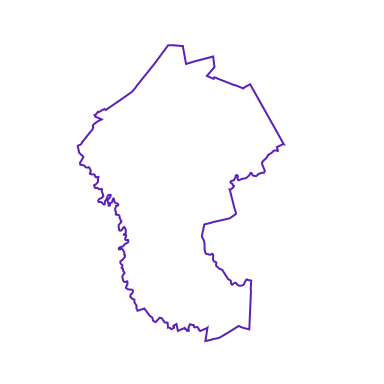 Sacalaz, Timis, Romania, rotated 75°
{"feature_id": "2599482B38355602258624", "entity_name": "Sacalaz", "entity_type": "district", "adm_level": 2, "iso_a3": "ROU", "parent_name": "Romania", "parent_adm1": "Timis", "projection": "mercator", "projection_center": [21.049, 45.772], "detail": "fine", "context": "isolated", "style": "outline", "palette": "violet", "viewbox_px": 384, "rotation_deg": 75, "n_neighbors": 0, "source": "geoboundaries", "source_scale": "gbopen_adm2", "svg_char_len": 6105}
<svg xmlns="http://www.w3.org/2000/svg" viewBox="0 0 384 384"><g transform="rotate(75 192 192)"><path d="M138.3,289.5L140.5,288.3L141.1,287.6L141.3,287.0L141.3,285.3L141.7,285.0L145.3,284.2L146.1,284.5L147.2,285.7L148.0,285.9L149.1,284.3L149.3,282.8L149.6,282.1L150.5,281.5L151.6,281.6L152.8,281.0L153.0,280.2L153.0,278.6L153.2,278.4L153.8,278.7L154.9,279.6L156.9,279.8L158.0,280.3L159.8,283.0L159.9,283.7L159.9,284.5L160.3,285.0L161.4,284.7L162.5,284.8L163.2,284.4L163.3,284.0L163.3,283.1L163.6,282.3L165.2,281.1L165.4,280.7L165.5,280.2L165.5,278.9L165.9,278.3L166.3,278.2L167.2,278.7L167.9,278.9L169.4,278.9L171.0,278.6L173.2,278.8L173.5,279.2L174.1,280.4L175.1,284.1L176.5,284.9L177.3,284.8L177.6,284.3L178.0,282.9L178.4,282.2L179.0,281.7L181.3,280.4L181.4,279.8L181.3,279.5L178.4,278.4L176.6,276.2L173.6,274.1L173.3,273.2L173.5,271.8L173.7,271.4L174.2,271.3L176.4,273.0L177.2,274.5L178.2,275.9L178.6,276.0L180.8,275.7L183.6,276.0L183.9,275.5L183.6,274.6L183.2,274.5L182.1,274.7L181.6,274.5L181.4,273.9L181.5,272.6L181.4,272.2L180.3,271.3L178.4,270.3L178.1,269.9L178.0,269.4L178.8,269.2L181.0,269.4L182.3,269.1L183.0,268.4L184.4,266.5L184.7,266.4L185.4,266.5L186.0,267.1L185.8,268.7L185.8,269.0L187.0,269.6L187.8,270.3L189.4,270.9L192.0,270.7L193.7,271.4L194.4,271.1L194.5,270.1L195.7,268.4L196.6,268.2L197.9,268.6L200.0,268.2L200.7,268.3L202.3,267.8L203.2,268.8L204.1,270.3L205.3,271.6L209.7,272.2L210.2,272.1L210.7,271.6L210.9,270.7L210.6,270.0L208.3,267.1L208.2,266.7L208.4,266.5L211.2,265.8L213.8,266.3L214.5,266.8L214.8,267.2L215.2,268.6L215.7,268.9L216.0,268.6L216.1,267.3L216.3,266.9L216.7,266.8L217.7,267.1L219.8,268.7L220.5,268.8L221.1,268.6L221.4,268.3L221.6,266.5L221.9,266.1L222.2,266.1L223.8,266.5L224.3,267.4L224.5,268.1L224.6,268.7L224.8,270.0L225.5,271.2L226.3,272.1L226.7,273.1L226.7,276.0L227.3,277.2L227.5,277.3L228.1,277.5L228.6,277.3L228.8,277.0L228.8,276.5L228.5,275.3L228.8,274.4L229.5,273.9L232.3,273.0L233.3,273.1L235.0,273.7L235.3,273.6L235.4,273.3L236.4,273.3L237.4,273.8L237.8,274.4L238.4,275.0L238.7,275.7L239.4,276.3L240.2,278.8L240.5,279.2L241.8,279.5L242.8,279.4L244.8,278.1L245.8,278.5L247.1,279.7L247.6,279.4L248.3,278.6L250.3,278.9L251.3,278.5L252.7,278.1L253.1,278.3L253.4,278.9L255.1,280.9L255.8,281.3L258.3,281.3L259.8,281.4L260.7,281.1L261.5,280.2L261.7,279.5L261.6,278.6L261.4,278.1L261.4,277.8L261.6,277.6L264.4,278.2L266.8,280.4L267.3,280.6L267.6,280.5L268.2,280.2L269.4,279.0L270.4,276.7L270.6,275.5L271.5,274.8L272.4,274.6L273.4,275.1L274.1,275.8L274.7,276.5L274.8,277.3L275.3,278.0L277.2,278.7L277.7,278.6L278.2,278.0L279.7,277.4L280.7,275.9L281.3,275.5L283.1,276.1L284.4,276.0L287.5,274.9L288.6,275.4L289.8,275.8L290.5,275.8L291.9,275.2L292.6,275.3L292.2,268.2L300.5,264.9L301.0,264.6L302.0,263.5L302.9,263.0L303.5,262.8L305.7,262.9L306.7,262.6L306.8,262.3L308.2,261.0L308.3,260.8L305.0,255.7L306.4,253.7L306.9,253.4L308.3,253.2L309.9,252.4L310.8,252.4L311.9,249.4L313.2,249.7L316.9,250.2L316.8,249.6L317.3,248.8L318.0,248.1L319.1,247.6L318.8,245.6L318.5,244.4L317.7,244.3L316.7,244.8L316.5,244.7L315.5,241.2L322.5,241.6L321.4,234.2L322.6,234.2L323.3,233.0L324.6,232.9L325.2,231.7L325.3,231.0L323.1,230.8L321.1,229.9L319.6,228.2L319.2,228.0L320.0,226.9L320.8,225.5L320.8,225.2L321.0,224.8L321.3,224.7L322.6,225.1L323.5,224.5L323.6,222.5L324.1,221.7L324.7,221.3L325.4,221.3L326.4,220.8L327.7,220.7L328.4,220.1L327.9,216.9L327.3,212.6L327.1,212.2L339.4,217.6L339.6,214.9L339.7,211.6L339.5,211.1L339.9,204.2L339.8,203.1L337.5,194.6L333.5,181.6L334.2,180.5L335.0,179.9L336.3,178.0L339.5,172.2L303.6,160.9L300.7,160.3L292.9,157.8L292.3,158.7L291.7,160.5L291.3,161.1L290.6,161.5L290.6,161.8L291.1,162.8L292.0,163.5L292.7,164.4L294.1,165.2L294.6,165.8L294.9,166.3L295.2,167.3L295.2,168.9L294.8,170.5L294.2,171.3L293.1,172.3L291.4,173.0L290.9,173.4L291.0,174.7L291.3,175.8L291.9,176.9L291.9,177.4L291.5,177.7L290.2,177.9L287.7,177.5L287.1,178.0L286.0,179.2L285.1,179.8L275.2,182.9L274.5,183.4L273.8,184.5L272.9,185.6L269.6,187.7L268.8,187.7L266.7,186.8L266.2,186.8L266.0,187.0L265.3,188.0L264.7,188.6L264.1,189.0L262.8,189.2L261.3,188.8L258.6,187.8L257.5,188.0L257.1,188.2L256.9,188.6L256.9,189.0L257.4,189.8L257.4,190.3L257.1,191.2L255.2,194.4L254.4,194.8L250.5,194.7L245.2,193.2L241.2,193.2L238.1,193.9L236.7,193.7L226.5,188.5L226.7,181.3L226.5,180.3L227.2,162.5L224.7,155.4L223.8,155.0L222.3,155.0L218.3,155.2L199.4,154.9L199.8,154.4L199.6,153.9L198.3,151.2L197.3,149.9L196.9,149.9L196.2,150.7L194.4,150.9L194.0,151.6L193.5,152.0L192.6,152.4L192.3,152.3L191.9,152.0L191.6,151.4L191.5,149.8L191.3,148.1L190.2,147.4L189.3,146.4L187.4,145.4L187.2,144.9L187.3,144.3L187.6,143.9L188.1,143.6L189.5,143.9L190.2,144.4L190.8,144.6L191.9,144.5L192.5,144.3L192.7,144.1L192.7,143.0L192.4,140.9L192.3,138.8L192.4,138.0L192.7,137.2L192.3,135.6L190.6,132.2L189.2,131.0L188.7,130.2L189.2,129.6L191.7,129.0L191.9,128.8L192.5,127.8L193.1,126.4L193.2,125.7L193.1,125.3L192.5,124.5L192.1,123.3L191.7,122.9L191.8,122.0L191.5,121.0L191.7,119.0L191.9,118.0L191.9,117.3L190.6,116.3L190.1,116.2L184.1,117.0L182.4,116.9L181.1,116.3L180.0,114.6L178.9,112.1L177.8,110.6L176.2,109.1L175.8,108.5L174.7,104.7L173.9,103.5L173.3,102.1L173.3,101.3L173.8,99.5L174.3,98.8L175.3,98.3L170.6,98.4L169.3,91.4L169.5,91.1L158.4,93.8L103.0,108.0L104.6,114.8L105.3,115.5L100.3,122.2L99.9,122.9L99.9,123.1L98.1,125.7L90.6,135.9L87.0,140.6L88.3,141.8L83.9,147.4L83.7,147.6L77.2,138.0L66.6,136.5L66.5,155.8L66.8,164.6L48.6,163.1L48.5,163.8L46.3,169.5L45.1,173.3L44.1,177.1L58.2,194.8L75.5,218.4L76.7,219.6L79.3,223.5L80.4,225.9L83.2,233.6L90.5,254.2L89.5,254.7L89.1,255.2L90.5,260.7L90.6,261.1L90.3,262.1L90.7,262.2L90.7,262.5L91.2,263.5L92.6,265.4L93.3,265.7L93.0,266.1L94.0,266.0L94.4,265.7L98.5,260.4L98.7,261.0L98.9,262.7L99.6,265.6L101.4,269.8L102.0,270.4L102.8,270.7L104.2,270.8L105.8,271.8L108.1,275.2L115.1,284.8L116.2,285.7L117.1,286.8L117.3,287.2L117.6,289.3L117.9,290.3L118.3,290.6L121.8,290.6L124.6,290.9L126.9,289.7L128.6,288.5L130.1,287.9L130.8,288.4L132.2,290.0L133.8,291.4L134.3,292.3L134.7,292.5L136.2,292.9L136.8,292.7L138.3,289.5Z" fill="none" stroke="#5b21b6" stroke-width="2"/></g></svg>